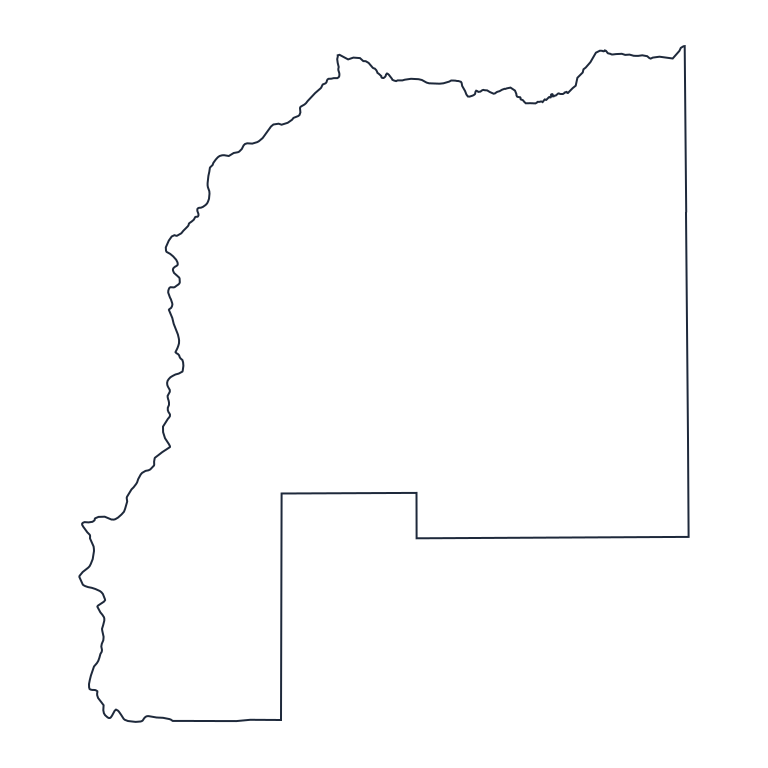 La Paz, Arizona, United States of America
{"feature_id": "52423323B41781381522782", "entity_name": "La Paz", "entity_type": "district", "adm_level": 2, "iso_a3": "USA", "parent_name": "United States of America", "parent_adm1": "Arizona", "projection": "orthographic", "projection_center": [-114.201, 33.672], "detail": "fine", "context": "isolated", "style": "outline", "palette": "slate", "viewbox_px": 768, "rotation_deg": 0, "n_neighbors": 0, "source": "geoboundaries", "source_scale": "gbopen_adm2", "svg_char_len": 5889}
<svg xmlns="http://www.w3.org/2000/svg" viewBox="0 0 768 768"><path d="M337.7,55.3L337.8,56.5L337.2,59.1L337.7,62.9L338.7,67.0L338.3,69.0L338.4,70.3L339.3,73.2L339.4,74.5L339.3,76.0L338.7,77.2L337.4,78.1L333.9,78.1L331.3,78.7L328.5,78.8L327.6,79.4L327.0,80.4L326.5,82.2L325.6,83.3L322.7,84.5L321.5,86.9L321.3,87.5L320.6,88.3L315.1,93.1L307.6,101.1L306.0,103.2L304.5,104.5L301.0,106.5L300.2,107.3L300.0,108.2L300.4,112.4L299.5,115.0L298.3,116.0L293.5,117.9L292.0,119.8L287.7,122.8L281.6,124.7L278.6,123.7L273.4,124.5L271.0,126.5L262.7,138.0L258.9,141.2L257.3,142.1L252.3,143.6L247.2,143.3L245.0,144.0L243.6,145.4L241.8,149.0L239.2,151.6L238.0,152.2L233.7,153.0L228.8,156.0L224.1,155.2L222.1,155.3L219.6,156.0L217.8,157.3L215.8,159.5L213.4,162.8L212.6,165.0L210.2,167.3L209.9,167.8L209.3,171.8L208.4,175.9L207.6,183.2L207.6,185.4L207.9,187.2L209.3,191.2L209.5,193.7L209.0,198.8L208.0,201.6L207.1,203.4L205.6,205.0L202.9,206.9L200.9,207.7L199.1,207.8L198.1,208.2L197.4,209.0L197.3,210.0L197.4,211.1L198.4,213.8L198.5,215.2L198.1,216.2L197.6,216.7L195.9,216.8L195.2,217.1L193.8,219.7L191.7,221.5L189.3,223.2L188.9,223.7L188.6,225.0L187.9,226.2L183.4,230.7L181.3,233.3L177.1,235.7L176.4,235.8L174.4,235.2L171.7,236.5L168.8,240.6L165.8,247.4L166.0,250.7L166.6,251.9L170.2,253.9L173.2,256.4L176.2,259.8L177.5,262.4L177.7,263.6L177.7,264.6L177.4,265.2L176.4,266.0L175.2,266.6L174.1,267.5L173.4,268.2L173.0,269.1L172.9,269.9L173.1,270.8L174.0,272.9L179.2,277.6L179.6,278.6L179.8,282.3L179.4,283.4L178.7,284.2L174.7,287.1L173.8,287.4L170.5,287.2L169.5,287.8L168.8,289.1L168.3,290.7L168.2,292.6L170.0,297.6L170.9,299.3L172.2,303.2L172.4,304.5L172.0,306.2L171.2,307.8L169.2,309.3L168.9,309.9L172.3,318.0L173.7,323.8L177.9,334.5L178.8,338.4L179.1,340.5L179.0,343.3L178.3,345.8L177.4,348.2L175.5,352.1L176.4,353.2L177.9,354.0L179.1,355.3L179.7,357.1L180.5,358.4L182.4,360.0L183.1,362.4L183.4,365.8L182.7,370.8L182.4,371.6L178.7,373.6L175.4,374.5L172.5,376.0L170.4,377.3L168.8,379.0L167.6,380.8L167.1,382.9L167.3,385.0L167.9,386.6L169.8,390.0L169.8,391.8L167.6,395.9L167.7,397.3L168.1,399.1L168.6,400.5L169.0,402.5L169.0,404.9L167.8,407.8L167.8,410.2L168.6,412.3L169.5,413.5L170.0,414.7L169.9,416.2L169.1,417.5L168.0,418.7L163.0,426.6L163.1,432.2L165.0,438.2L169.0,444.3L170.0,446.3L169.9,447.1L162.3,452.1L155.0,457.7L154.7,458.2L154.1,461.6L154.2,464.7L154.0,465.5L150.3,469.4L148.5,470.3L145.5,470.9L142.1,472.9L140.7,474.5L138.2,479.1L137.1,482.4L136.2,483.9L133.6,487.3L131.5,489.4L127.0,496.8L126.7,497.9L127.2,501.5L125.1,508.8L124.0,511.7L121.5,514.5L118.0,517.6L115.3,519.2L113.8,519.6L111.4,519.5L104.7,516.7L98.5,516.9L95.2,518.3L94.8,518.9L94.7,519.9L94.3,520.5L92.5,521.8L88.5,522.4L84.5,522.1L82.9,522.8L82.2,523.5L82.1,524.0L82.2,524.9L83.3,526.8L87.3,532.3L89.5,534.5L90.0,535.3L90.1,536.3L90.0,538.4L93.6,546.5L93.9,548.9L94.0,551.0L92.7,559.1L90.8,563.9L89.6,566.2L88.3,567.6L82.7,572.0L80.0,575.3L79.4,576.2L79.4,577.1L82.8,584.6L83.5,585.2L85.2,586.1L88.1,587.1L91.7,587.8L95.4,589.0L99.8,591.0L101.4,592.2L102.9,594.0L104.9,599.1L105.1,600.1L104.0,601.6L98.0,605.6L97.4,606.4L97.5,607.0L100.4,612.4L102.4,614.8L104.0,617.3L104.3,618.6L104.3,620.6L103.2,625.0L102.0,628.9L102.3,630.9L103.6,636.8L103.5,638.2L103.3,640.3L101.8,643.8L101.3,646.5L102.0,650.0L101.7,651.8L100.4,654.0L99.4,657.7L98.3,660.8L97.0,663.0L94.0,666.5L90.9,675.6L89.8,680.0L89.0,684.1L89.1,687.4L89.6,689.0L90.4,689.5L92.0,689.9L94.8,690.0L95.7,690.2L97.3,691.2L97.4,691.8L97.1,693.7L97.2,695.3L98.1,698.0L103.6,705.2L103.3,710.2L103.9,713.2L105.1,715.2L107.6,717.4L108.8,718.0L109.9,718.0L110.8,717.4L112.0,715.7L114.7,710.7L116.0,709.6L117.9,710.6L118.8,711.5L121.1,714.8L123.7,718.9L124.8,719.8L127.9,721.0L135.6,721.9L140.6,721.5L141.8,721.1L142.7,720.5L144.2,718.2L145.6,716.8L147.0,716.2L148.5,716.1L156.6,717.5L163.0,717.8L169.5,719.1L171.0,719.7L172.6,720.9L236.2,721.1L250.2,719.8L281.0,720.0L281.6,493.5L416.5,492.9L416.6,538.3L688.6,536.9L688.0,438.4L686.0,212.4L686.2,212.0L684.7,46.1L683.4,46.3L680.8,47.9L679.4,50.9L672.7,58.5L659.5,56.7L652.8,57.6L650.7,58.6L649.4,58.1L647.2,56.2L642.3,55.3L638.0,55.9L633.8,55.8L629.5,54.6L625.2,54.9L621.8,53.8L615.9,54.1L612.6,54.5L611.4,54.4L610.6,53.9L608.0,53.3L607.2,52.5L606.7,51.7L605.9,50.8L605.1,50.5L604.7,50.4L604.3,50.8L604.3,51.1L603.3,51.3L602.0,50.8L599.9,50.7L595.9,52.7L590.4,62.2L585.7,67.6L583.5,69.3L582.7,72.5L577.4,77.8L575.7,85.7L572.7,88.1L567.9,93.0L567.3,92.9L567.0,92.4L566.6,91.9L564.7,92.5L564.6,92.9L562.9,94.0L560.7,94.0L559.6,93.8L558.9,93.4L558.2,93.5L555.8,95.5L554.2,95.8L553.8,96.3L553.1,96.3L553.2,96.0L552.7,95.1L552.7,94.5L552.1,94.1L551.2,94.5L550.9,95.1L551.2,95.6L551.2,96.3L550.6,97.4L550.0,97.4L549.9,97.1L549.4,97.0L548.9,97.2L546.3,99.9L545.5,99.8L544.9,99.4L544.4,99.8L542.6,102.1L541.6,101.5L540.6,101.5L539.9,101.8L538.8,101.9L537.5,101.9L536.9,102.6L535.5,103.4L530.4,103.2L525.8,103.3L524.3,101.9L523.0,100.3L522.3,99.9L521.1,99.6L520.5,98.9L520.6,98.1L520.2,97.3L517.7,96.9L517.0,96.5L516.4,95.1L516.4,94.1L515.0,90.6L510.5,87.6L506.7,88.4L505.5,88.9L504.6,88.8L502.1,89.7L499.5,91.2L498.0,91.6L496.7,92.1L495.0,93.4L493.6,93.7L489.8,92.0L487.2,90.4L484.5,90.2L483.4,89.9L482.3,90.2L480.4,91.6L478.3,91.9L477.5,91.2L476.2,90.7L475.5,91.7L475.2,93.4L474.9,94.2L474.0,94.9L472.7,95.6L469.6,96.6L467.9,96.5L466.4,94.5L465.1,91.1L462.2,86.0L461.6,82.9L460.9,81.8L458.3,81.0L457.1,81.0L455.1,80.6L451.2,80.5L449.2,81.6L443.4,83.3L439.6,83.7L429.1,83.3L426.6,82.6L421.9,80.0L418.6,79.2L411.0,78.8L404.8,79.7L402.4,80.4L397.6,80.4L396.1,81.1L394.2,80.6L392.4,79.8L391.9,78.7L388.8,74.7L387.7,73.8L387.0,73.5L386.0,74.6L385.7,75.9L385.0,76.9L383.6,78.0L382.2,77.9L381.6,77.5L381.3,76.8L381.3,76.1L378.9,73.9L377.4,72.8L377.1,71.8L376.3,70.2L374.8,68.6L373.5,68.2L372.8,67.8L368.6,62.9L365.7,61.2L363.3,61.1L360.0,58.1L353.4,57.6L348.1,59.4L339.5,54.8L337.7,55.3Z" fill="none" stroke="#1e293b" stroke-width="2"/></svg>